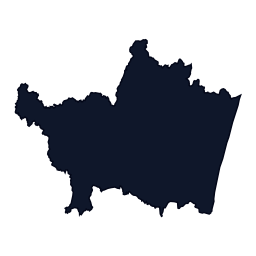 outline of Nosy-Varika, Vatovavy-Fitovinany, Madagascar
{"feature_id": "10022922B12403701465046", "entity_name": "Nosy-Varika", "entity_type": "district", "adm_level": 2, "iso_a3": "MDG", "parent_name": "Madagascar", "parent_adm1": "Vatovavy-Fitovinany", "projection": "robinson", "projection_center": [48.047, -20.536], "detail": "fine", "context": "isolated", "style": "filled", "palette": "ink", "viewbox_px": 256, "rotation_deg": 0, "n_neighbors": 0, "source": "geoboundaries", "source_scale": "gbopen_adm2", "svg_char_len": 5677}
<svg xmlns="http://www.w3.org/2000/svg" viewBox="0 0 256 256"><path d="M18.5,114.8L20.2,116.2L20.6,118.0L21.7,119.2L22.4,117.7L23.5,118.1L25.0,117.0L26.8,118.3L26.9,120.1L27.5,120.0L27.7,120.6L27.4,121.9L28.0,123.3L27.8,125.2L29.1,126.2L31.9,123.6L32.2,122.0L34.3,120.7L35.7,122.4L35.7,123.1L35.1,123.8L36.2,125.2L37.0,124.8L37.5,125.2L38.2,124.0L38.8,125.0L40.0,125.5L40.2,126.1L40.0,126.9L41.3,128.6L42.9,129.2L43.9,130.2L42.4,133.2L42.8,134.0L43.6,133.8L45.1,135.0L46.7,135.1L48.0,136.1L48.9,136.3L49.2,138.9L48.3,142.0L49.2,145.1L49.0,147.2L49.8,149.1L48.1,151.7L47.7,154.1L48.2,155.1L48.7,155.0L49.0,157.3L50.4,158.5L50.4,160.4L51.3,161.2L52.8,161.4L52.9,162.1L51.9,164.3L52.0,165.0L55.7,167.0L57.1,168.7L57.2,169.7L59.3,170.3L60.5,169.6L61.4,170.9L64.3,170.8L65.1,172.6L66.0,169.9L67.3,170.0L67.9,170.8L68.4,173.5L70.9,174.9L69.9,177.0L71.4,178.2L70.7,180.6L71.0,181.8L70.8,184.6L72.5,186.9L72.2,190.3L73.3,191.8L72.9,195.6L71.2,203.6L69.9,205.2L69.8,206.4L67.6,207.6L66.7,207.4L65.2,208.3L66.2,209.6L65.5,212.2L65.7,212.7L66.6,212.5L67.6,213.1L68.1,211.9L69.6,212.1L70.7,210.9L70.6,209.0L74.7,207.5L77.6,208.2L78.8,211.4L79.5,212.3L79.6,214.2L79.8,213.8L81.2,214.7L83.8,211.0L85.5,210.4L86.2,209.1L87.5,210.0L88.6,209.7L89.5,210.8L91.5,209.2L92.5,207.2L91.5,206.1L90.6,202.3L89.0,198.4L89.3,196.9L90.8,195.0L91.0,193.0L92.2,190.6L92.3,189.8L91.5,187.8L91.7,187.1L93.0,185.3L93.8,185.3L96.3,186.1L97.5,186.9L99.5,187.3L99.9,188.2L100.8,188.8L100.6,190.4L101.4,191.5L102.8,190.0L103.7,190.1L107.8,188.3L111.5,187.5L114.9,187.0L117.3,188.1L119.5,188.5L120.2,185.9L120.7,186.1L121.6,186.9L123.0,189.9L122.8,191.1L123.4,191.9L123.4,194.3L124.6,194.6L126.8,194.0L126.2,192.8L126.6,192.3L128.2,193.4L128.7,191.7L129.3,191.4L132.3,194.4L133.6,195.1L135.9,195.4L137.3,196.3L138.8,198.3L141.6,199.7L141.8,200.9L142.9,200.4L145.0,203.2L146.4,201.7L147.3,204.3L147.9,204.4L148.4,203.6L148.9,203.6L150.2,204.3L151.0,205.4L152.4,206.1L154.5,206.3L155.1,207.9L155.5,207.9L156.3,206.8L159.7,207.1L160.3,213.9L161.5,216.3L162.1,215.9L161.5,214.5L162.8,211.8L163.5,207.8L165.2,207.7L167.6,203.3L168.5,202.2L170.4,201.3L174.2,201.6L177.6,202.4L178.0,208.1L178.7,208.4L179.3,208.3L180.6,206.6L182.8,206.2L185.6,203.4L187.9,203.3L188.9,201.6L190.6,201.0L193.7,203.3L195.5,203.9L195.8,204.9L195.0,206.7L195.5,207.2L198.6,208.3L199.1,209.3L199.3,211.9L199.8,212.3L202.3,213.0L204.0,212.5L209.2,214.0L210.7,212.9L211.1,211.5L211.8,211.1L211.9,209.1L213.9,201.3L213.7,199.0L214.5,192.2L219.7,167.1L222.6,158.8L226.7,142.8L228.7,137.2L232.5,122.3L238.0,105.2L239.2,99.3L240.6,95.2L235.8,97.6L233.1,98.0L231.3,99.1L230.9,98.8L230.7,97.8L230.2,97.6L230.1,95.8L228.7,94.3L228.0,92.4L226.5,91.8L225.0,89.6L223.4,88.8L221.8,89.3L220.4,90.4L219.3,94.3L218.8,94.7L216.1,94.0L213.7,92.3L210.7,93.6L208.0,92.8L207.8,92.3L206.4,92.9L204.5,92.8L204.1,92.2L204.3,90.9L203.6,90.1L204.3,87.7L204.0,87.1L203.0,87.2L201.6,86.0L200.7,86.4L198.5,85.8L199.0,81.0L198.7,79.8L198.0,79.5L196.1,81.2L194.8,80.7L193.9,81.2L193.1,84.3L192.1,85.5L191.2,86.1L189.7,85.9L189.0,85.0L189.3,84.1L188.9,81.2L187.6,79.6L186.3,78.8L189.0,76.8L190.4,73.8L190.3,72.3L190.9,69.4L191.5,68.1L191.1,64.4L190.0,65.7L189.5,65.2L185.9,66.6L184.1,66.7L183.7,66.0L183.8,63.4L183.0,63.1L182.1,61.4L180.4,59.4L179.8,59.2L179.3,59.5L177.8,63.3L176.8,63.7L175.8,62.9L174.6,63.0L173.4,64.2L171.8,64.8L169.6,68.1L169.0,67.7L168.3,68.0L167.9,66.7L167.3,66.7L167.8,65.6L166.7,65.8L165.5,65.1L164.8,65.3L164.0,66.5L163.5,66.5L162.8,67.8L162.3,67.8L161.3,66.0L160.3,66.2L158.1,65.2L157.4,64.0L158.1,63.1L157.8,61.9L154.3,59.9L153.3,58.3L152.3,58.2L150.9,57.2L149.3,57.3L148.6,56.4L148.0,52.6L145.0,49.5L145.4,47.2L146.0,47.6L146.5,47.0L145.7,44.0L147.1,43.2L147.0,40.8L145.7,39.7L144.5,40.1L143.9,39.8L142.5,40.2L141.1,41.4L140.2,41.2L139.7,41.6L138.8,41.0L135.7,41.1L133.4,44.2L132.6,46.5L130.7,47.3L130.4,47.8L129.9,49.5L130.0,51.4L130.7,52.3L131.8,52.8L132.1,54.1L133.3,55.2L133.5,56.1L132.9,57.4L131.0,59.0L130.4,61.1L128.7,63.6L128.7,65.3L126.7,66.3L125.9,68.9L126.7,69.1L126.6,70.0L125.6,69.8L124.8,70.7L124.8,72.6L123.4,76.7L121.6,80.0L121.7,81.4L120.9,81.9L120.3,83.2L120.4,84.4L118.3,86.8L117.3,88.7L118.0,91.4L116.6,92.6L116.0,95.1L116.5,96.2L117.4,96.6L117.2,98.0L117.5,99.1L116.8,101.3L114.9,104.3L115.1,105.3L114.8,105.6L113.5,106.0L110.5,104.7L110.7,103.5L109.5,101.4L108.9,101.3L108.5,98.7L107.6,97.1L106.3,98.2L105.8,97.8L105.7,96.7L104.8,96.2L103.4,95.9L103.1,96.9L102.6,97.0L101.5,96.3L101.0,95.5L101.5,94.6L100.4,93.4L99.6,93.6L95.5,92.8L93.7,93.1L91.8,92.6L90.8,93.0L89.5,96.1L88.7,96.5L87.6,96.0L85.6,98.7L85.1,100.5L83.4,100.2L82.7,101.7L81.4,101.7L80.8,100.3L79.3,100.8L78.3,102.0L77.8,101.9L76.9,101.0L75.8,101.2L75.4,100.1L72.4,98.0L71.0,98.8L68.9,98.2L67.8,99.9L64.2,100.9L62.9,102.5L63.0,103.5L61.7,105.4L61.0,105.4L60.1,104.2L59.4,104.5L58.9,105.8L56.7,105.6L54.3,104.4L53.9,104.6L54.0,105.2L55.0,105.7L55.2,106.4L54.9,107.4L53.8,108.0L52.7,106.6L52.0,106.5L50.8,106.9L50.2,106.6L50.0,108.0L49.6,108.4L48.2,107.5L46.9,108.1L46.5,107.4L45.8,107.8L45.8,106.9L44.4,107.8L43.9,107.5L43.9,106.7L43.0,105.7L42.9,104.5L41.7,103.0L41.7,101.4L41.1,100.9L39.9,101.7L37.8,99.6L36.7,99.2L37.5,96.4L38.3,95.5L38.0,94.1L36.7,94.0L36.1,92.7L34.9,92.8L34.0,92.3L33.6,92.7L33.0,91.6L30.0,92.9L28.1,92.5L26.3,89.5L27.8,86.6L27.7,85.4L26.0,84.6L25.4,83.7L23.9,84.7L21.9,84.0L21.0,84.7L20.4,86.9L18.7,88.2L17.7,89.9L17.9,90.4L18.6,90.7L18.5,93.3L19.1,95.3L18.3,96.5L19.0,97.9L18.4,98.3L18.6,99.7L17.5,100.6L17.1,102.6L15.7,103.7L16.8,105.4L16.4,105.8L16.6,106.9L15.6,106.8L15.6,107.6L16.2,107.8L16.3,108.4L15.4,112.1L16.0,113.1L17.0,113.1L17.3,113.7L18.4,113.0L18.7,113.6L18.5,114.8Z" fill="#0f172a" stroke="#020617" stroke-width="1.5"/></svg>